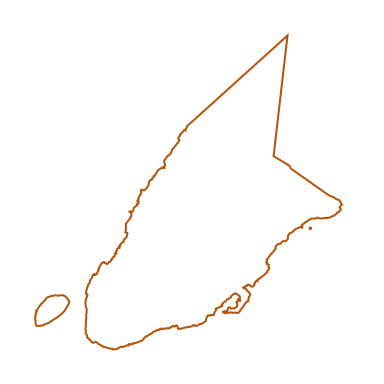 the district of North Malaita, Malaita, Solomon Islands, rotated 273°
{"feature_id": "97153195B19002980300101", "entity_name": "North Malaita", "entity_type": "district", "adm_level": 2, "iso_a3": "SLB", "parent_name": "Solomon Islands", "parent_adm1": "Malaita", "projection": "natural_earth1", "projection_center": [160.61, -8.382], "detail": "fine", "context": "isolated", "style": "outline", "palette": "amber", "viewbox_px": 384, "rotation_deg": 273, "n_neighbors": 0, "source": "geoboundaries", "source_scale": "gbopen_adm2", "svg_char_len": 5839}
<svg xmlns="http://www.w3.org/2000/svg" viewBox="0 0 384 384"><g transform="rotate(273 192 192)"><path d="M187.4,342.3L191.5,339.6L192.5,336.3L194.1,334.1L195.1,330.5L197.5,326.2L220.4,289.7L223.4,287.9L232.0,271.6L353.3,279.2L257.1,183.3L255.8,183.4L255.2,183.0L254.2,182.0L253.8,181.9L253.2,182.3L253.1,180.6L252.2,180.3L249.0,177.2L247.7,177.1L245.3,175.5L244.5,175.5L243.3,176.6L242.5,176.6L234.2,170.8L233.8,170.3L229.5,168.7L227.9,167.5L226.9,165.9L222.0,162.7L221.0,162.5L217.4,163.8L216.1,163.1L215.3,161.9L214.8,161.5L214.5,162.4L214.2,161.4L214.4,160.5L213.9,159.6L212.7,157.8L211.4,156.5L207.1,154.4L206.4,153.9L206.2,153.2L205.7,152.9L205.2,153.2L203.9,151.7L201.9,151.1L201.5,149.6L200.9,149.1L199.8,148.6L196.7,148.3L192.9,146.1L191.5,144.7L191.1,143.9L191.8,142.1L191.3,141.0L190.1,141.0L189.5,141.5L188.4,141.3L187.4,140.6L187.0,140.9L184.8,139.5L181.1,138.4L180.3,137.8L180.1,138.0L180.2,138.9L179.8,139.4L177.5,138.9L177.3,138.6L177.5,138.2L177.3,137.8L176.9,138.4L176.7,138.3L174.9,136.9L174.8,136.4L173.1,134.7L170.4,134.3L169.5,133.8L169.5,132.1L169.4,131.0L169.0,130.6L167.8,132.6L165.3,132.7L164.0,132.5L163.8,131.9L162.9,131.8L156.7,127.6L155.2,127.5L153.1,128.1L150.7,127.6L148.8,128.0L148.2,127.7L147.8,129.5L147.3,129.8L143.4,128.9L140.2,126.2L138.5,126.1L137.8,124.5L136.2,123.8L135.3,122.8L134.8,122.6L134.3,122.9L134.0,122.1L133.6,122.0L132.9,122.6L132.2,122.5L132.2,121.4L131.7,120.6L130.9,120.0L130.1,120.3L129.1,119.4L128.2,119.3L127.6,118.8L127.2,119.6L126.6,119.7L126.5,118.8L126.1,118.4L124.6,117.9L124.1,118.0L124.1,118.8L123.0,116.8L122.4,116.6L121.2,115.6L120.7,115.7L119.7,114.7L118.2,114.3L117.9,113.0L115.5,111.1L116.6,109.0L116.6,108.3L117.4,107.9L117.3,107.1L116.0,105.4L114.5,104.5L112.8,104.0L112.0,103.2L110.3,102.7L110.0,103.1L109.3,102.9L108.7,102.4L108.2,102.5L105.7,101.1L105.2,101.3L104.2,99.8L103.8,98.4L103.9,98.0L104.6,98.2L104.2,97.5L102.9,96.9L101.8,96.9L98.5,94.9L97.0,94.9L93.8,93.1L92.1,92.8L91.2,92.3L86.0,91.3L84.4,91.7L84.3,92.7L83.7,93.0L81.8,92.7L80.5,91.9L78.3,91.4L77.1,91.6L76.2,91.2L71.7,92.0L69.8,92.9L68.6,93.0L65.8,93.1L63.7,92.8L60.8,93.1L58.3,92.7L57.2,93.1L55.4,92.7L52.9,93.1L50.1,92.6L47.5,93.3L45.8,93.1L44.7,93.6L43.9,94.4L42.8,94.9L42.2,94.7L41.4,95.0L40.6,95.6L40.5,96.5L39.4,97.1L38.6,98.4L36.9,99.7L36.2,100.8L36.4,101.9L37.1,102.6L37.3,103.4L37.0,104.6L35.7,106.0L33.3,110.8L32.6,111.6L32.5,113.6L31.5,117.3L31.2,120.9L30.7,121.2L30.7,122.2L31.2,124.9L33.8,129.1L34.0,130.1L33.6,130.5L33.6,131.2L35.6,135.7L35.3,136.5L35.7,136.9L36.6,136.7L37.0,137.7L36.5,139.4L37.4,140.3L37.4,141.6L38.1,142.0L38.3,143.7L39.8,147.4L40.7,148.8L40.8,149.5L42.5,151.3L44.1,152.2L44.3,152.6L45.3,153.3L45.8,154.3L45.7,154.8L47.1,156.4L47.3,157.1L47.8,157.4L48.4,158.8L50.2,160.5L50.8,162.1L51.4,162.7L51.8,163.9L52.3,164.4L52.7,166.6L53.6,167.0L53.9,167.4L53.9,168.1L53.5,168.5L53.8,169.2L53.5,169.7L54.2,170.9L54.0,172.2L54.8,174.6L54.6,176.0L55.3,177.4L56.2,178.2L56.6,179.3L57.3,180.0L57.4,180.3L56.7,181.3L56.9,182.2L57.7,182.8L58.0,183.7L57.9,184.0L57.0,184.5L54.9,185.1L54.8,186.0L54.5,186.4L56.4,192.8L57.5,198.0L59.3,200.7L59.3,201.0L58.4,201.8L58.8,202.7L58.6,203.5L59.5,205.5L60.3,206.2L60.8,208.4L63.9,212.6L66.1,212.8L68.1,213.5L69.8,214.7L69.4,216.1L70.1,216.9L70.1,219.0L70.5,220.2L73.1,220.8L73.8,221.4L75.4,222.1L76.3,222.2L76.7,221.9L77.0,222.2L77.1,223.4L78.0,224.4L78.6,226.4L79.3,226.7L79.6,227.9L80.3,228.2L80.8,227.7L81.3,227.7L82.2,228.7L83.5,229.5L84.6,231.3L86.5,232.6L88.4,236.0L90.5,236.9L92.1,238.7L93.1,240.6L91.9,243.3L90.4,244.8L89.5,245.5L88.2,245.0L87.0,245.7L85.9,246.0L85.8,245.6L87.1,245.1L87.5,244.1L87.1,243.3L85.3,243.4L84.3,242.1L82.5,243.1L80.4,243.2L79.4,242.5L78.0,240.0L77.7,237.1L78.7,236.0L78.9,235.3L78.7,234.9L78.2,234.3L74.9,233.3L74.6,232.7L74.8,232.0L74.6,231.3L74.3,231.0L74.5,230.1L73.9,229.3L73.6,229.3L72.6,231.1L72.6,231.5L73.1,232.0L73.4,235.8L73.9,236.6L73.5,238.3L73.9,242.1L73.5,243.7L73.7,244.4L75.3,245.9L77.0,246.6L78.7,248.3L80.3,249.0L84.2,251.5L85.6,253.0L86.0,253.9L87.2,253.8L90.4,254.4L92.1,255.5L92.7,255.5L93.6,255.1L95.1,253.9L95.8,252.7L97.7,251.3L98.1,250.3L99.1,249.5L98.8,248.4L99.1,248.1L100.3,249.6L100.8,251.5L101.8,251.8L102.4,252.8L102.3,254.4L101.9,254.4L101.8,254.8L100.7,255.9L100.5,256.4L101.0,258.0L102.0,259.1L102.9,258.8L104.2,259.6L104.6,259.4L106.3,260.5L106.3,262.0L106.6,262.1L107.2,261.8L107.8,262.0L108.1,262.7L109.1,263.4L109.2,264.2L111.3,266.4L113.3,268.9L116.2,271.4L116.7,271.2L119.5,273.0L120.2,273.0L120.7,272.4L123.1,272.6L123.8,271.9L123.9,270.7L124.9,270.6L125.5,269.8L125.8,269.7L126.4,270.5L127.6,270.5L128.1,270.1L128.6,270.1L128.9,270.7L134.6,274.4L136.1,276.1L138.8,277.6L138.9,278.1L140.2,278.5L142.0,278.3L144.1,280.0L144.7,281.2L145.0,283.1L146.4,284.0L147.6,285.4L147.9,286.3L147.7,287.9L148.0,288.6L150.5,290.3L153.0,290.0L155.7,291.5L157.1,294.1L159.1,296.2L160.2,296.9L161.2,298.6L161.5,299.9L162.9,302.2L162.8,302.9L162.1,303.5L162.1,303.9L162.6,304.1L163.5,304.0L163.8,303.5L164.7,303.4L165.2,303.6L165.7,304.2L166.0,305.1L167.5,306.4L168.2,307.7L171.5,312.2L171.9,313.3L171.8,316.8L173.0,318.5L172.2,321.1L173.5,330.3L174.5,332.4L175.1,333.0L175.6,334.8L177.6,337.1L178.6,337.7L178.9,338.5L179.4,338.8L179.7,339.7L180.4,339.9L181.7,341.3L182.5,341.4L183.4,341.2L184.0,340.2L184.3,340.2L187.4,342.0L187.4,342.3ZM82.2,67.6L81.8,65.0L81.5,64.1L81.6,60.1L80.3,55.6L79.9,55.1L79.0,52.7L77.7,51.7L76.5,51.2L71.9,47.0L69.4,45.2L66.0,43.5L65.2,42.6L64.4,43.2L62.7,42.3L61.5,42.6L60.1,42.0L59.3,42.3L57.7,41.7L55.3,42.5L52.7,42.6L50.3,43.6L50.2,46.7L50.9,49.5L54.3,56.6L55.8,58.3L56.1,59.0L57.5,60.5L58.7,62.6L59.2,63.0L60.6,65.1L64.5,69.1L66.8,71.1L73.4,74.5L75.9,75.2L77.0,74.8L80.0,72.3L81.1,71.0L81.9,69.3L82.2,67.6ZM162.4,312.6L162.6,311.7L161.9,311.3L161.2,311.8L161.2,312.2L161.7,312.7L162.4,312.6Z" fill="none" stroke="#b45309" stroke-width="2"/></g></svg>